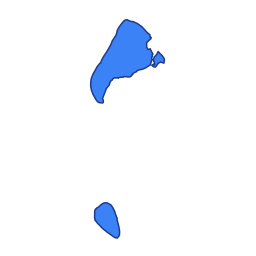 outline of Niuatoputapu, Tonga, rotated 172°
{"feature_id": "48082658B65008751810266", "entity_name": "Niuatoputapu", "entity_type": "district", "adm_level": 2, "iso_a3": "TON", "parent_name": "Tonga", "parent_adm1": "", "projection": "natural_earth1", "projection_center": [-173.776, -15.91], "detail": "fine", "context": "isolated", "style": "filled", "palette": "blue", "viewbox_px": 256, "rotation_deg": 172, "n_neighbors": 0, "source": "geoboundaries", "source_scale": "gbopen_adm2", "svg_char_len": 2417}
<svg xmlns="http://www.w3.org/2000/svg" viewBox="0 0 256 256"><g transform="rotate(172 128 128)"><path d="M131.5,216.4L132.6,214.3L133.7,212.5L137.9,207.1L142.3,202.1L144.2,199.6L145.6,197.2L145.7,196.5L145.8,196.5L147.0,195.9L150.5,192.5L151.8,190.5L155.0,186.5L157.6,181.9L158.4,179.0L159.1,175.1L159.0,171.1L158.0,166.3L155.8,160.5L154.4,158.2L152.9,157.1L149.6,156.3L148.9,156.8L148.6,159.2L149.3,160.4L143.9,170.1L140.8,173.0L140.4,173.6L139.9,174.6L139.7,175.4L138.8,176.7L136.5,178.0L136.2,178.7L135.6,179.3L134.7,179.4L134.2,179.6L132.7,179.1L132.0,179.3L131.0,179.1L130.7,178.7L129.8,179.3L127.2,179.2L125.3,179.0L124.7,179.5L122.5,179.0L121.7,178.8L120.2,178.4L118.9,178.4L117.6,179.0L115.9,180.5L116.1,180.7L115.3,181.3L114.6,181.7L113.0,182.3L112.3,182.4L111.6,182.7L111.4,183.2L110.2,183.7L108.7,184.0L106.8,184.1L105.8,184.2L104.6,184.4L102.3,185.1L101.1,185.5L100.1,186.0L99.3,186.5L97.9,187.0L96.8,187.5L96.3,189.5L95.6,190.3L95.5,191.5L94.7,192.1L94.8,193.3L94.8,194.7L94.4,195.0L93.8,195.3L93.9,197.2L93.1,197.6L93.3,198.8L93.9,199.9L95.0,203.3L97.3,202.9L98.3,205.7L98.0,206.9L97.9,208.8L97.4,210.1L95.4,211.6L92.9,213.2L92.5,214.2L92.9,215.0L93.5,215.0L93.4,217.4L95.8,220.0L100.1,226.3L104.1,230.1L108.1,232.6L111.2,233.5L113.5,235.2L115.6,235.4L117.5,234.4L122.4,229.7L125.0,226.2L126.1,223.4L126.8,221.7L131.5,216.4ZM159.4,24.2L157.8,22.7L156.2,21.4L155.4,20.9L153.9,20.6L152.2,22.0L151.3,23.4L150.7,26.7L150.7,28.7L150.9,32.8L151.6,38.6L151.3,40.0L152.5,44.8L152.7,47.1L154.3,51.7L155.7,54.3L157.6,55.7L158.9,56.7L160.2,57.0L161.6,57.1L162.7,57.0L164.7,56.2L166.6,55.0L168.5,53.7L169.6,53.4L170.9,52.5L171.1,52.1L171.6,52.1L172.2,51.2L172.7,49.7L172.8,48.9L172.7,48.7L173.3,45.7L173.5,43.9L173.5,42.5L173.5,41.9L173.2,41.5L173.4,41.2L173.2,40.8L172.9,40.5L172.8,40.1L172.4,39.8L171.6,38.2L171.2,37.5L169.4,35.3L167.7,32.7L163.2,27.8L159.4,24.2ZM93.2,190.1L92.7,189.2L92.7,188.1L92.7,187.5L93.0,187.1L93.5,187.5L93.9,187.7L95.0,187.1L95.5,186.6L95.0,185.9L94.0,185.0L93.1,184.7L92.4,184.6L91.1,185.6L90.2,186.7L88.9,188.0L86.5,188.7L85.0,188.1L84.6,187.8L84.4,187.6L83.5,187.3L82.8,188.9L82.5,190.4L82.5,191.6L83.0,192.7L83.5,193.6L83.9,194.7L85.0,196.1L85.7,196.9L86.3,197.7L86.8,198.6L87.4,199.4L87.6,199.3L88.5,198.1L89.1,197.2L89.6,196.7L90.2,196.1L91.1,195.4L92.0,194.5L92.5,193.8L93.4,192.4L93.4,191.1L93.0,190.7L93.2,190.1Z" fill="#3b82f6" stroke="#1e3a8a" stroke-width="1.5"/></g></svg>